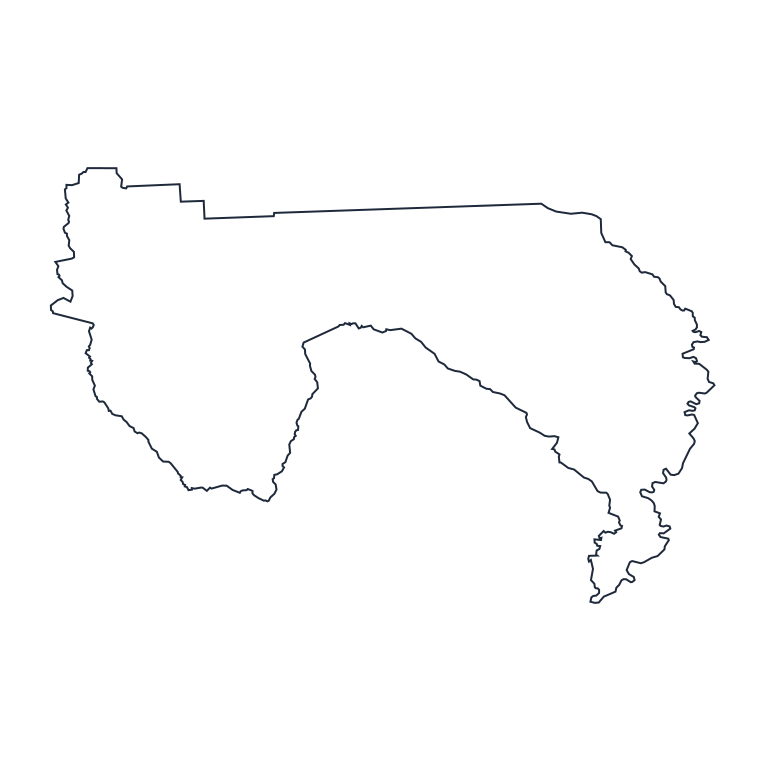 the district of Alta Floresta D'Oeste, Rondônia, Brazil, rotated 268°
{"feature_id": "56859067B53124283675112", "entity_name": "Alta Floresta D'Oeste", "entity_type": "district", "adm_level": 2, "iso_a3": "BRA", "parent_name": "Brazil", "parent_adm1": "Rondônia", "projection": "robinson", "projection_center": [-62.42, -12.473], "detail": "fine", "context": "isolated", "style": "outline", "palette": "slate", "viewbox_px": 768, "rotation_deg": 268, "n_neighbors": 0, "source": "geoboundaries", "source_scale": "gbopen_adm2", "svg_char_len": 6059}
<svg xmlns="http://www.w3.org/2000/svg" viewBox="0 0 768 768"><g transform="rotate(268 384 384)"><path d="M538.7,74.5L533.3,73.7L530.7,75.0L526.9,78.7L521.4,78.7L520.2,76.3L517.5,59.8L513.1,62.7L509.5,61.2L505.2,61.5L504.7,62.9L503.4,63.5L502.2,62.4L498.9,65.7L495.9,66.4L492.2,70.2L488.3,75.7L482.8,75.9L477.2,73.5L481.2,66.7L479.2,60.9L474.1,53.8L469.6,53.8L468.2,55.5L466.3,55.8L454.8,95.0L453.1,96.0L450.8,94.9L449.6,93.6L450.6,92.3L447.0,91.0L438.5,93.4L433.3,91.7L431.9,90.3L430.2,91.1L428.1,90.3L428.2,88.2L425.2,86.9L421.7,91.1L420.5,90.2L418.9,91.7L417.7,91.2L417.3,93.1L415.3,91.8L413.9,92.7L410.7,88.6L407.6,88.4L407.1,90.1L405.9,90.8L404.9,89.8L401.9,92.6L398.3,92.6L392.4,95.0L388.8,93.4L381.9,95.3L381.1,96.6L379.2,96.6L376.2,98.9L376.4,102.3L375.5,103.8L369.3,107.6L366.7,108.0L366.9,109.7L363.6,111.4L362.1,114.5L360.9,120.8L357.4,122.6L355.0,125.4L350.8,128.3L348.7,132.2L345.3,133.1L343.4,135.9L344.0,137.6L343.2,140.1L339.4,144.1L336.3,146.6L334.7,146.5L327.5,149.7L324.2,154.6L318.3,156.5L314.2,160.6L313.8,166.0L312.4,167.9L303.3,174.8L301.9,175.0L299.4,177.6L298.1,177.5L297.8,179.1L295.2,177.5L293.2,179.3L290.9,179.8L290.1,181.7L288.6,181.3L287.8,183.5L284.7,184.9L285.1,188.3L286.7,188.3L286.0,191.0L286.9,197.7L286.7,199.2L283.4,203.2L286.5,206.5L285.5,208.0L288.1,218.6L287.9,223.2L283.4,229.0L280.3,236.1L281.8,237.0L282.6,238.9L282.7,243.0L283.8,244.1L282.6,247.0L281.7,248.9L279.3,248.7L277.4,250.2L274.4,254.5L271.6,259.8L271.8,261.5L270.8,263.3L271.3,264.7L274.6,266.5L278.2,270.7L282.3,272.9L287.4,272.2L290.0,269.8L292.8,269.4L293.7,270.8L297.0,271.2L297.5,274.1L300.3,278.9L304.1,281.2L305.7,279.7L307.6,279.8L309.3,282.7L315.8,285.2L318.5,287.8L326.8,287.2L330.1,288.9L332.0,292.0L334.0,292.3L335.3,294.0L336.8,293.0L339.3,293.5L340.8,294.8L341.1,296.5L344.8,296.9L345.6,295.9L348.4,295.2L351.2,296.3L352.3,297.7L359.1,300.5L362.1,304.0L371.2,307.6L372.2,310.2L373.8,311.6L376.4,312.1L381.9,317.8L388.1,317.3L391.4,314.9L393.5,315.8L395.8,315.3L399.5,311.9L404.9,310.6L407.0,310.9L416.7,306.3L421.3,306.2L424.1,303.8L428.2,305.1L443.1,340.5L444.5,341.7L444.6,345.7L446.2,347.2L444.2,352.0L445.9,351.7L445.0,353.6L445.7,355.1L445.6,357.6L440.4,360.7L441.2,362.9L442.8,363.7L441.4,365.2L442.8,372.8L439.0,375.6L435.5,384.2L436.9,387.9L438.6,388.2L437.6,392.0L438.7,403.4L433.2,413.2L428.5,416.9L424.9,422.5L419.0,426.9L412.4,435.6L404.6,439.3L401.4,445.0L397.3,448.3L394.6,455.4L393.7,460.3L390.7,466.5L385.5,473.3L385.2,476.3L383.6,479.6L379.0,480.2L375.7,486.1L375.2,489.8L372.2,492.6L370.5,499.5L368.6,504.0L355.8,514.8L350.2,525.3L348.6,525.9L346.0,524.6L340.9,525.7L334.8,528.5L330.0,537.9L326.6,542.8L325.7,547.1L325.9,552.6L324.7,556.4L319.2,554.8L313.2,549.8L312.6,552.1L310.4,552.8L307.5,556.9L305.2,556.2L299.5,556.6L299.3,558.1L293.7,565.2L291.9,571.0L283.5,580.6L282.0,584.8L279.4,588.3L269.5,593.7L267.9,596.7L267.6,602.4L266.1,603.8L260.4,605.9L254.7,604.9L252.3,605.6L247.4,603.9L243.3,613.4L239.4,614.8L237.4,614.0L234.4,615.4L233.8,616.9L231.5,616.3L229.4,609.8L227.8,610.9L226.3,608.7L228.0,605.4L228.5,602.6L227.7,600.1L229.4,598.4L224.7,593.4L222.3,594.1L222.7,595.9L220.5,595.4L221.4,588.9L218.1,589.0L216.8,591.0L214.9,591.5L214.5,594.4L211.6,593.5L210.2,590.7L206.0,590.0L205.1,591.1L205.1,582.9L202.1,582.0L199.4,582.7L200.9,584.6L192.0,586.4L180.8,584.0L177.0,587.3L173.5,587.6L172.5,588.5L172.3,590.5L170.8,591.8L167.6,591.6L165.1,588.7L164.9,585.8L163.5,583.8L159.2,582.7L157.9,587.1L158.1,591.0L163.8,596.2L168.4,608.1L172.3,609.1L175.0,612.0L179.5,614.5L180.6,616.6L180.4,619.2L177.3,623.7L177.6,625.4L179.3,627.6L182.4,626.9L185.5,622.1L189.6,620.0L197.3,623.5L198.4,625.8L195.9,634.5L196.8,637.6L201.0,645.6L202.5,651.4L208.9,658.5L212.0,659.0L218.0,663.2L219.5,662.7L221.4,655.0L223.8,653.4L225.3,654.5L225.0,658.4L229.5,665.1L231.7,664.5L232.7,661.4L231.8,658.3L232.5,655.5L233.5,654.6L238.9,656.1L241.7,653.9L245.1,655.3L247.3,649.9L252.6,650.3L255.5,649.5L258.3,647.3L260.7,644.0L262.8,637.9L266.9,636.3L269.3,637.4L269.4,640.9L266.6,645.7L266.3,648.4L266.9,649.8L268.8,650.4L272.2,648.3L275.6,648.9L276.6,651.8L275.0,659.9L276.6,662.2L278.2,663.0L280.6,662.7L285.1,659.8L288.5,660.4L289.5,662.9L283.4,667.3L282.8,670.8L284.1,675.1L289.5,678.9L294.5,680.1L308.5,687.5L313.4,691.8L316.1,692.6L318.9,691.4L323.9,687.4L328.4,692.7L333.9,696.3L342.2,692.9L342.8,690.7L342.0,686.3L342.4,684.0L345.4,683.4L347.1,687.9L346.4,691.3L346.8,693.6L348.9,694.4L350.0,693.4L352.0,688.0L353.7,686.6L355.5,687.8L355.9,689.9L352.9,695.4L353.7,698.3L356.1,698.8L360.2,694.8L361.5,694.5L363.8,696.3L364.3,698.4L363.3,704.3L364.0,706.1L371.2,714.2L373.2,713.1L374.7,708.9L378.0,707.6L384.9,708.6L386.9,707.2L393.2,699.7L393.5,695.2L395.7,693.9L394.9,696.1L396.0,697.6L398.9,696.7L400.3,694.3L399.1,689.9L399.6,685.2L400.2,683.7L403.8,683.4L407.9,694.7L409.6,695.1L410.4,693.5L412.6,693.1L415.0,694.8L415.6,698.7L414.8,702.1L415.0,706.1L416.7,710.0L419.5,708.3L420.2,703.3L421.8,701.9L424.8,702.9L426.0,700.7L424.9,697.3L425.3,695.1L426.3,694.3L427.7,697.3L429.7,698.7L432.5,698.8L436.9,696.9L439.5,696.8L440.8,695.0L444.5,695.0L446.0,694.0L448.8,687.7L447.0,686.5L447.0,684.9L448.2,682.9L450.5,681.3L450.9,678.2L453.9,676.6L457.8,676.4L462.5,673.0L464.0,669.7L465.8,668.7L472.0,668.5L476.7,664.1L479.8,663.0L481.1,661.6L481.8,657.6L484.2,656.1L486.7,648.9L486.3,645.4L487.8,643.5L490.6,642.6L494.6,638.5L500.2,634.9L503.2,636.2L506.6,633.1L508.2,630.0L509.5,630.4L512.3,627.0L514.7,617.0L517.8,614.4L518.0,610.2L527.4,606.4L541.2,606.4L544.4,602.1L546.4,597.4L548.3,588.0L547.6,576.7L550.3,562.2L554.0,553.9L558.7,547.5L558.8,280.2L555.6,279.7L555.5,210.4L573.3,210.2L573.3,187.3L590.8,186.7L590.4,134.2L588.5,133.2L589.2,129.6L590.4,128.2L597.6,129.4L604.0,124.2L609.0,124.1L610.1,95.2L606.2,93.1L606.4,91.0L604.8,89.3L603.8,86.6L595.5,85.9L593.6,79.1L594.1,73.6L590.8,73.5L589.6,71.9L580.5,72.4L576.3,74.9L574.5,72.3L571.2,74.3L568.5,72.6L563.0,75.3L558.9,74.1L557.3,74.9L555.9,74.4L552.2,69.5L550.3,69.1L546.3,70.4L545.3,72.4L543.0,72.3L538.7,74.5Z" fill="none" stroke="#1e293b" stroke-width="2"/></g></svg>